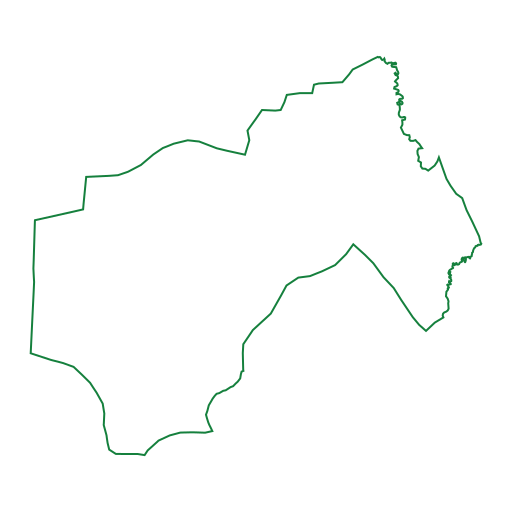 outline of Puncak, Papua, Indonesia, rotated 90°
{"feature_id": "22746128B1222572676249", "entity_name": "Puncak", "entity_type": "district", "adm_level": 2, "iso_a3": "IDN", "parent_name": "Indonesia", "parent_adm1": "Papua", "projection": "albers", "projection_center": [137.288, -3.568], "detail": "fine", "context": "isolated", "style": "outline", "palette": "green", "viewbox_px": 512, "rotation_deg": 90, "n_neighbors": 0, "source": "geoboundaries", "source_scale": "gbopen_adm2", "svg_char_len": 5051}
<svg xmlns="http://www.w3.org/2000/svg" viewBox="0 0 512 512"><g transform="rotate(90 256 256)"><path d="M171.3,383.1L171.8,384.1L175.2,394.0L175.9,403.7L175.9,404.0L176.9,425.8L203.5,428.4L209.4,428.9L211.6,438.5L220.2,477.0L220.8,477.1L260.2,478.3L268.5,478.6L276.9,478.2L282.0,477.9L290.9,478.3L321.8,479.8L353.3,481.3L359.8,461.4L360.3,459.6L361.7,454.0L363.1,448.8L366.9,438.4L374.6,430.2L382.8,421.9L387.6,418.8L392.7,415.4L403.6,409.3L413.5,407.7L424.1,408.2L424.9,408.3L435.3,405.5L438.3,405.1L443.0,404.4L449.6,402.8L453.9,396.2L454.0,388.5L454.0,374.3L455.1,367.4L450.4,364.3L447.0,360.5L443.4,356.5L441.5,354.4L440.6,353.5L435.4,342.2L433.8,336.2L432.6,331.8L432.5,328.5L432.4,323.8L432.3,320.2L432.4,315.9L432.7,306.9L431.1,299.7L428.5,300.9L424.9,302.7L422.5,303.7L418.0,305.1L414.7,306.0L410.8,304.6L405.3,303.2L401.4,300.9L398.6,299.3L395.9,297.3L393.8,295.4L393.1,292.7L390.8,288.8L390.3,286.3L387.1,281.4L386.2,278.9L383.5,276.3L381.7,274.3L378.4,271.8L374.2,271.1L371.6,270.4L370.9,268.6L369.8,268.8L353.0,269.2L344.2,268.7L331.2,259.9L330.1,259.2L313.6,241.2L295.6,231.0L285.5,225.5L277.6,213.7L276.1,202.0L273.2,194.8L271.4,190.2L265.1,176.9L254.2,165.9L244.3,158.7L254.9,147.0L263.2,138.7L275.4,129.8L277.2,128.5L288.0,118.3L300.1,110.7L304.7,107.6L317.2,99.2L324.9,92.8L330.9,86.0L322.6,77.2L317.4,68.6L315.6,69.3L313.8,69.0L312.7,68.1L312.2,67.2L311.6,65.7L310.5,64.3L308.7,63.4L307.3,63.5L303.2,63.8L301.7,63.5L300.9,63.6L299.7,64.0L298.7,64.3L297.4,65.2L296.3,66.0L294.9,65.9L294.1,65.8L291.7,65.6L290.8,64.9L290.0,64.3L289.6,64.0L289.1,64.0L288.7,64.3L288.2,64.2L287.8,63.9L287.7,63.2L287.4,63.1L287.0,63.5L286.1,63.9L285.3,64.6L284.8,64.7L284.5,64.2L284.8,63.3L284.6,62.8L284.4,62.2L284.2,61.3L283.8,61.3L283.3,61.8L282.8,62.4L282.4,63.0L281.7,63.0L281.1,62.8L281.6,61.9L281.2,60.8L280.9,60.7L279.8,60.8L279.3,61.0L278.7,61.5L277.9,61.4L277.9,62.3L277.6,62.7L277.0,62.9L276.1,62.2L276.0,61.5L275.2,61.0L274.2,62.1L274.3,63.0L273.0,63.6L272.2,63.3L272.7,62.6L272.8,61.9L272.0,61.7L271.8,62.1L271.5,62.8L270.7,62.8L269.9,62.1L269.1,60.7L268.7,60.3L268.2,59.1L267.9,58.9L266.5,59.6L266.0,59.5L264.9,59.1L263.6,59.2L263.2,58.7L263.3,58.3L263.7,57.9L264.7,58.3L265.2,57.8L265.1,57.5L264.3,56.2L263.9,55.9L263.2,55.9L263.1,55.5L263.5,55.2L264.5,54.9L264.6,54.2L264.5,53.6L264.1,52.9L262.9,52.4L262.5,52.0L262.0,50.8L261.7,50.1L261.3,49.9L259.6,50.4L259.0,50.3L258.1,49.9L257.6,49.3L257.6,49.0L258.1,48.7L259.6,48.3L261.3,47.6L262.1,47.1L262.1,46.8L261.7,46.6L260.3,46.2L259.1,46.1L258.5,46.3L258.1,47.0L257.7,47.2L257.4,47.1L257.3,46.6L257.5,45.6L257.1,44.7L256.9,43.7L256.9,43.2L258.0,42.6L258.4,42.0L258.1,41.8L257.6,41.9L256.8,41.7L256.4,40.6L255.9,40.2L255.5,40.3L254.6,40.2L254.0,39.9L252.8,39.9L251.9,39.0L250.6,38.9L249.1,38.3L248.1,37.8L247.4,36.8L246.2,36.4L245.9,35.7L245.8,34.5L245.0,34.2L244.7,33.4L244.9,32.5L244.5,31.1L243.7,30.7L243.0,31.2L242.6,31.4L236.3,32.9L221.5,39.8L210.2,45.4L205.0,47.3L198.1,49.8L193.8,55.8L185.7,61.5L178.9,65.5L166.5,69.9L157.4,73.1L161.4,74.6L165.2,77.1L165.7,77.5L170.6,83.8L168.8,86.6L168.6,89.6L166.3,91.2L162.5,91.0L160.8,93.8L157.1,93.1L154.0,94.4L150.9,94.6L148.6,93.5L148.2,89.9L145.6,91.7L144.0,92.7L141.9,95.0L140.1,96.5L140.9,98.9L140.8,101.6L139.2,102.8L137.2,102.2L135.2,102.7L135.1,104.5L135.1,105.1L133.9,108.1L130.3,109.8L127.6,111.1L126.1,110.3L124.7,109.6L122.5,109.6L120.3,109.9L119.5,107.0L118.7,106.9L118.3,106.8L117.4,106.8L117.0,107.5L117.0,108.3L117.4,109.3L117.4,111.0L116.6,112.2L116.5,112.3L114.7,113.2L113.0,113.2L111.6,112.8L110.4,112.3L109.3,112.1L107.8,112.2L105.7,112.4L104.8,112.9L104.7,113.6L104.4,114.4L102.8,114.8L102.2,113.6L102.6,112.5L104.0,111.6L104.4,110.6L103.9,109.7L103.0,109.4L101.8,110.1L101.7,110.1L101.0,111.3L100.9,112.2L100.8,112.7L99.5,112.8L98.9,112.1L98.8,111.1L98.7,109.7L98.2,109.1L96.9,109.2L96.2,109.6L95.2,110.9L94.4,112.0L93.9,113.8L94.3,115.5L92.9,115.5L92.3,114.1L91.8,113.6L90.9,113.3L90.0,113.7L89.6,114.8L89.1,116.3L88.6,117.9L87.0,117.5L86.4,115.9L85.7,114.7L85.1,114.3L83.5,114.7L82.6,115.6L81.5,117.0L80.8,116.6L79.4,115.2L78.2,113.9L77.5,114.0L76.6,114.1L75.8,114.7L75.5,115.0L75.1,116.4L73.4,117.3L72.8,116.5L74.0,115.6L74.1,114.0L73.1,113.6L71.7,114.0L70.3,114.9L68.5,115.4L67.2,115.8L67.0,117.4L66.9,118.9L66.7,119.9L66.6,120.0L65.5,120.5L64.3,120.0L64.5,119.0L64.4,117.4L64.3,116.1L63.4,115.9L62.8,116.4L62.7,116.5L62.9,117.6L63.2,118.7L63.1,119.5L62.5,120.5L62.7,121.5L62.8,123.5L63.8,124.5L63.1,125.9L61.3,127.4L59.7,127.3L58.6,127.7L59.4,128.3L60.0,129.8L58.9,130.8L58.0,131.2L57.4,131.6L57.0,132.2L57.4,133.2L56.9,134.2L59.3,139.3L64.7,149.6L69.5,159.3L74.4,162.9L82.2,169.6L82.8,179.9L83.5,193.2L84.7,198.0L93.1,199.8L93.1,211.3L93.1,211.9L94.9,225.2L102.2,227.6L110.0,231.3L110.6,236.7L110.0,250.0L119.7,256.7L122.0,258.4L129.0,263.4L130.6,264.5L140.2,262.7L154.7,267.0L151.1,283.4L150.8,284.8L148.3,295.2L144.8,304.3L142.8,309.5L141.5,312.9L141.1,316.9L140.7,320.3L140.3,324.3L143.7,338.3L146.3,344.7L148.0,349.1L154.5,358.7L165.0,371.1L171.3,383.1Z" fill="none" stroke="#15803d" stroke-width="2"/></g></svg>